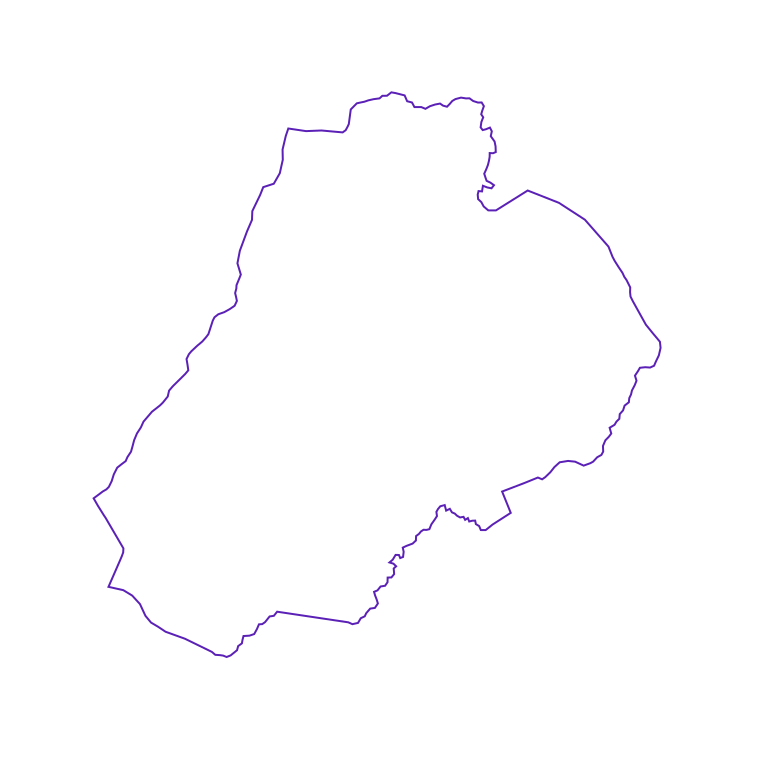 outline of Rio Negro, Mato Grosso do Sul, Brazil, rotated 190°
{"feature_id": "56859067B53049128756879", "entity_name": "Rio Negro", "entity_type": "district", "adm_level": 2, "iso_a3": "BRA", "parent_name": "Brazil", "parent_adm1": "Mato Grosso do Sul", "projection": "robinson", "projection_center": [-54.985, -19.444], "detail": "fine", "context": "isolated", "style": "outline", "palette": "violet", "viewbox_px": 768, "rotation_deg": 190, "n_neighbors": 0, "source": "geoboundaries", "source_scale": "gbopen_adm2", "svg_char_len": 3757}
<svg xmlns="http://www.w3.org/2000/svg" viewBox="0 0 768 768"><g transform="rotate(190 384 384)"><path d="M119.6,473.5L123.1,476.5L128.0,480.6L136.4,487.9L153.2,508.6L156.4,512.9L157.6,517.1L158.3,521.9L160.9,525.4L163.2,528.5L165.9,531.2L168.4,534.8L173.1,539.7L178.2,545.3L181.0,548.9L184.2,554.1L186.8,558.3L214.7,580.7L243.2,592.8L276.1,599.5L303.9,574.4L311.5,573.1L316.7,576.2L319.7,580.0L323.4,582.4L324.6,586.8L324.4,590.4L320.9,590.7L321.0,596.4L316.4,595.5L312.1,595.4L310.2,598.9L314.2,600.8L318.2,601.9L319.9,604.9L321.8,608.5L320.6,613.2L319.7,617.7L319.4,621.9L319.4,626.1L320.0,629.8L316.7,630.2L314.2,631.8L315.4,637.4L317.2,642.0L321.9,646.6L321.7,651.6L324.2,654.9L327.8,652.6L330.9,651.2L333.4,653.5L333.6,658.9L332.6,663.9L335.1,666.5L334.7,670.1L333.9,675.0L336.7,678.2L340.4,677.5L345.4,678.2L349.4,680.2L352.8,679.5L357.9,679.4L363.1,677.0L365.9,674.6L367.9,671.2L370.1,668.0L374.2,668.4L377.5,669.9L382.2,668.1L386.9,665.6L391.0,662.2L395.4,663.2L402.1,662.0L405.3,666.1L410.3,666.5L413.8,671.8L423.2,672.5L427.4,672.5L431.1,668.4L435.7,667.5L438.0,664.5L443.7,662.7L448.7,660.6L452.3,658.6L455.6,657.3L459.5,655.7L462.2,651.8L464.4,648.6L463.8,633.8L464.7,630.6L465.8,627.3L468.4,624.6L489.6,622.8L504.7,619.5L522.6,619.0L523.8,611.2L524.6,597.3L522.6,587.2L522.9,581.0L523.2,573.5L527.3,562.1L537.1,556.9L538.8,548.7L543.7,531.4L542.5,522.7L545.4,510.5L549.1,490.2L549.3,477.4L544.0,466.9L544.9,462.5L546.4,455.7L546.0,452.4L546.4,447.7L544.9,444.3L543.3,440.3L544.7,435.1L549.1,430.8L553.8,427.0L559.3,423.9L562.5,420.3L563.6,416.8L565.6,402.6L567.5,398.9L570.4,394.2L574.6,389.2L579.4,382.8L581.3,379.5L582.8,374.3L580.9,369.0L579.1,363.5L581.6,359.2L591.6,345.1L594.5,340.2L594.8,334.1L598.6,327.2L600.9,324.0L607.7,316.4L614.3,305.2L615.9,299.0L618.7,292.4L620.3,285.3L620.9,278.2L621.4,273.4L624.0,267.4L625.0,263.2L628.1,259.9L632.2,255.3L634.4,248.1L635.3,241.1L637.1,234.9L639.1,232.0L642.2,229.4L650.1,221.0L644.6,214.4L637.1,206.1L634.9,203.8L612.1,176.9L611.6,172.8L612.3,168.9L613.2,165.0L620.1,136.4L604.9,135.7L595.2,131.9L589.9,127.8L586.1,124.9L578.7,114.3L572.0,108.6L564.3,105.7L556.1,102.1L535.9,98.6L507.0,90.3L503.1,88.0L498.5,88.5L495.2,88.6L491.6,87.8L487.9,90.1L485.8,92.5L482.5,96.3L482.1,100.6L478.9,103.9L478.9,107.5L478.6,111.4L472.8,112.8L468.4,115.2L466.6,120.5L465.4,125.6L462.2,126.4L459.8,128.8L458.1,131.9L456.3,135.2L452.2,136.6L449.7,141.2L377.8,143.1L373.4,142.0L368.1,144.2L366.2,149.3L362.6,151.9L361.7,155.2L358.6,160.4L354.1,161.9L351.9,166.8L353.9,170.7L356.1,174.3L357.7,177.6L354.6,179.6L352.2,184.0L347.9,185.5L346.1,189.4L346.8,194.0L343.1,194.8L341.0,198.6L342.4,204.0L340.4,206.6L343.5,208.7L347.6,209.2L344.9,212.5L342.9,217.7L339.6,218.2L337.8,215.4L335.2,217.0L335.5,222.2L337.1,226.1L333.7,228.5L328.1,231.8L325.4,235.4L326.0,239.8L323.5,242.5L322.0,245.2L319.8,247.3L316.8,247.7L314.1,248.9L313.0,254.0L310.6,259.1L308.9,263.1L310.2,267.2L309.1,270.3L307.3,273.4L303.2,275.3L300.8,270.1L297.5,272.5L294.8,269.4L291.8,268.7L289.1,266.9L285.9,265.8L282.6,267.0L280.5,264.3L278.1,266.5L276.2,263.4L273.3,264.7L270.5,265.3L269.2,262.0L265.6,260.6L263.3,257.0L258.5,257.8L252.6,264.5L236.8,279.1L249.0,298.6L228.0,311.2L216.2,318.6L211.7,317.6L209.0,320.3L204.8,326.1L201.8,331.7L197.4,337.4L192.8,339.0L189.4,340.2L182.3,340.7L173.2,338.3L167.1,341.8L164.6,343.8L161.3,348.9L157.6,351.9L156.4,355.5L157.6,361.0L156.2,367.0L153.4,371.1L151.6,374.7L154.2,380.1L149.9,383.8L148.5,387.4L146.2,390.6L146.6,395.3L144.0,399.5L143.3,404.5L139.7,408.5L140.0,412.7L138.9,416.6L138.7,420.6L136.9,426.3L135.9,431.1L138.3,435.8L136.1,440.8L134.8,444.4L129.6,445.9L124.8,446.4L121.2,448.9L120.2,453.1L118.3,459.9L117.9,467.6L119.6,473.5Z" fill="none" stroke="#5b21b6" stroke-width="2"/></g></svg>